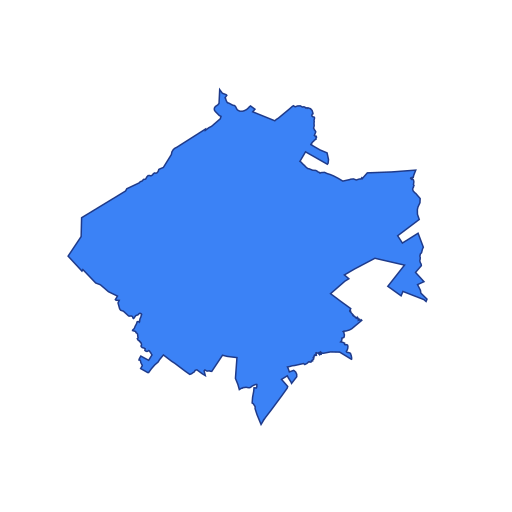 Motozintla, Chiapas, Mexico, rotated 301°
{"feature_id": "50627088B93582456317957", "entity_name": "Motozintla", "entity_type": "district", "adm_level": 2, "iso_a3": "MEX", "parent_name": "Mexico", "parent_adm1": "Chiapas", "projection": "robinson", "projection_center": [-92.331, 15.305], "detail": "fine", "context": "isolated", "style": "filled", "palette": "blue", "viewbox_px": 512, "rotation_deg": 301, "n_neighbors": 0, "source": "geoboundaries", "source_scale": "gbopen_adm2", "svg_char_len": 6168}
<svg xmlns="http://www.w3.org/2000/svg" viewBox="0 0 512 512"><g transform="rotate(301 256 256)"><path d="M411.9,348.7L398.0,329.1L384.6,308.6L377.0,307.2L377.5,306.4L376.0,306.2L375.2,304.9L372.8,302.8L372.3,299.9L370.6,297.6L369.6,296.8L364.9,291.8L364.9,286.5L364.6,281.3L364.1,277.8L363.3,274.5L363.0,271.7L361.0,268.8L360.0,268.2L360.3,267.2L360.0,266.3L360.2,264.5L360.1,263.1L358.7,260.4L358.1,256.6L357.6,255.3L358.1,252.1L358.7,250.9L358.6,250.2L359.8,245.7L359.7,244.9L370.8,244.8L371.4,269.9L372.7,270.0L376.0,268.5L381.0,263.8L379.9,256.3L379.7,245.6L380.0,245.5L380.7,246.0L381.1,245.6L382.9,245.8L384.1,246.3L385.1,246.3L387.2,247.3L388.0,246.6L389.0,246.7L389.7,245.9L389.6,245.6L389.2,245.3L389.4,243.9L393.2,243.3L393.9,242.1L394.0,241.3L394.6,240.9L395.0,239.8L395.3,239.5L397.6,238.8L399.6,237.4L401.3,236.6L402.1,235.9L404.5,235.1L405.0,234.4L404.6,233.1L404.9,231.6L406.4,231.1L407.2,231.6L407.6,231.4L409.5,229.3L409.9,228.4L410.0,227.5L410.4,227.0L410.0,225.5L409.9,224.6L409.6,224.0L409.0,223.8L409.2,223.2L408.5,222.4L408.8,221.2L408.5,220.1L407.6,219.1L407.5,216.6L406.0,214.3L404.2,212.9L404.0,212.2L404.1,210.7L403.0,210.1L399.2,208.9L385.5,204.1L383.6,203.1L381.6,202.5L377.9,178.9L381.3,179.5L381.8,174.0L380.3,173.4L379.6,173.4L376.7,172.5L374.5,171.1L373.2,169.9L371.8,167.6L371.6,165.1L371.8,164.3L373.6,161.4L373.9,160.1L373.3,158.5L373.1,154.8L373.0,153.5L372.7,153.1L372.8,152.2L374.0,150.2L375.1,149.1L375.7,148.0L378.7,148.2L378.9,147.3L378.2,143.3L379.9,139.2L367.8,145.7L365.8,145.4L363.3,144.2L361.7,144.1L360.5,144.5L359.4,145.5L358.8,147.1L357.5,152.2L357.7,154.1L355.2,154.7L344.2,151.1L341.7,149.5L337.7,147.9L338.8,147.3L308.2,132.0L306.7,131.0L304.7,130.3L301.9,130.3L299.4,131.2L284.2,131.0L280.7,128.4L280.1,128.1L278.0,128.6L276.0,128.2L275.3,127.3L274.9,126.2L273.6,125.6L272.6,125.6L271.2,125.1L270.5,124.5L270.3,123.5L269.4,122.1L267.6,121.7L265.2,121.8L264.6,121.4L263.8,120.2L261.2,119.6L260.5,118.8L259.4,118.3L258.5,118.2L247.1,110.6L244.5,110.7L199.0,86.8L182.6,96.1L159.1,95.0L153.4,114.6L155.2,114.6L150.3,132.5L151.2,137.4L149.4,147.9L150.3,157.9L146.2,157.9L146.0,158.9L147.5,161.6L144.7,161.9L140.5,166.3L139.8,167.9L140.4,170.8L139.0,177.7L139.4,178.7L140.3,179.8L140.5,180.9L140.4,181.4L139.4,182.6L139.3,183.2L139.7,183.4L142.7,183.6L143.4,183.9L144.7,185.1L146.5,185.5L147.1,186.0L147.3,186.4L147.4,187.1L147.3,187.7L146.8,188.2L146.5,188.0L145.0,188.6L142.1,189.0L139.6,190.1L139.1,190.1L139.3,189.3L139.2,188.7L138.4,188.0L136.2,188.5L133.6,188.6L131.1,189.0L129.0,188.4L128.5,188.6L129.2,191.3L129.2,191.8L128.5,192.6L128.4,194.0L128.1,194.6L127.0,195.6L126.6,195.7L125.2,197.1L124.0,196.8L123.2,198.2L123.0,199.0L123.3,199.7L122.7,200.5L122.8,201.1L122.3,201.7L122.3,202.4L121.0,203.6L120.5,203.8L119.8,203.7L119.4,204.0L119.1,204.6L118.9,205.7L119.4,207.4L119.4,208.8L117.9,209.3L117.7,210.4L118.0,211.7L119.0,212.5L119.7,212.7L119.8,213.4L118.9,215.2L118.9,215.6L118.6,215.9L117.6,217.8L111.3,217.7L110.9,208.8L108.0,208.9L106.6,209.2L107.0,210.6L105.3,212.2L103.7,214.8L103.4,215.0L100.1,215.1L100.3,223.2L100.8,224.0L105.4,224.4L110.5,225.3L114.7,226.7L117.4,226.7L123.5,227.6L122.3,238.0L122.2,241.6L120.8,254.6L120.4,260.2L122.0,261.5L123.3,261.9L124.4,262.6L125.4,262.8L126.6,262.7L128.0,263.9L127.4,270.2L127.4,274.1L130.8,270.7L132.0,270.9L132.1,273.3L133.6,275.2L133.6,276.0L134.3,277.5L153.7,278.4L155.1,283.0L159.1,292.0L140.5,301.4L136.6,306.6L132.9,310.5L135.1,311.6L135.9,312.6L136.4,312.6L136.8,313.0L137.7,314.4L138.3,314.9L139.2,317.4L139.8,318.4L140.7,319.0L142.8,319.8L143.6,320.3L145.4,321.6L146.2,322.5L146.3,322.9L144.5,324.0L143.1,324.3L142.0,322.2L138.6,323.8L133.2,325.8L128.0,328.4L128.0,329.7L126.4,332.9L124.7,333.8L120.6,338.5L114.2,347.1L118.5,347.1L118.8,346.9L119.4,346.9L119.3,347.1L122.7,347.3L132.3,348.4L149.9,350.1L158.7,350.8L160.5,350.4L163.4,341.4L169.4,344.5L168.2,346.5L165.9,351.0L165.1,352.1L173.5,353.1L175.6,351.8L177.0,349.7L177.4,347.2L173.8,344.3L176.4,341.2L177.1,340.1L178.7,341.9L180.5,343.5L182.1,345.6L188.3,352.1L188.1,353.7L190.2,355.0L192.5,355.7L192.8,356.0L192.9,356.5L192.4,357.1L192.8,356.9L193.4,357.7L194.0,358.0L194.5,358.0L194.6,357.8L195.2,358.4L195.5,357.9L195.9,358.3L196.6,358.2L197.4,358.5L197.7,358.4L197.8,358.0L198.3,357.9L198.4,357.4L198.8,357.4L199.1,357.8L199.6,357.5L200.4,357.5L200.3,357.4L200.9,357.1L201.6,357.4L201.6,358.6L202.0,358.9L203.7,357.3L204.1,357.6L203.9,357.8L204.7,359.1L205.0,359.2L204.5,360.0L205.5,360.2L204.5,361.2L205.1,361.2L205.2,361.6L204.9,362.0L205.3,362.5L205.9,362.4L206.8,360.5L207.0,360.5L206.8,362.9L207.3,363.8L212.1,369.2L216.7,377.2L216.6,391.0L216.8,391.1L217.9,390.5L219.6,389.0L221.2,387.1L221.2,386.5L220.9,385.0L220.4,384.0L220.4,383.1L220.8,382.5L222.4,382.6L224.1,382.2L225.8,381.4L226.7,380.5L226.8,379.6L225.9,378.1L225.8,377.6L226.2,377.1L226.9,376.9L226.7,374.9L226.0,372.8L227.2,373.1L229.2,372.4L229.7,371.9L231.5,373.3L232.9,372.9L234.1,372.3L234.7,371.5L235.8,370.7L236.1,369.6L236.9,370.1L238.0,371.7L240.6,374.1L242.9,375.5L255.3,379.8L255.5,379.1L254.3,378.8L254.4,378.3L255.1,377.4L253.8,376.8L254.7,376.4L255.3,375.3L254.9,375.5L254.7,375.3L255.4,374.5L254.9,374.7L254.6,374.5L255.0,374.0L254.4,373.7L254.5,373.3L254.8,373.4L254.8,371.4L255.0,371.4L254.9,369.9L255.4,370.0L256.9,364.8L257.4,364.5L257.7,365.1L258.0,364.5L259.7,364.3L260.8,351.8L262.1,339.3L280.3,345.2L284.3,347.3L285.3,341.5L295.7,347.2L315.3,359.1L324.7,388.0L297.9,384.6L296.6,400.9L301.3,400.2L305.1,422.4L304.6,425.2L307.1,424.8L309.1,416.4L311.3,414.6L314.7,409.2L320.5,413.2L324.1,401.2L332.9,402.7L334.1,401.7L334.9,400.3L336.0,399.1L336.7,398.6L337.4,398.5L339.1,397.7L340.4,396.4L341.5,396.2L342.2,395.8L344.1,396.2L347.7,395.1L349.7,394.9L359.0,383.2L342.5,374.8L346.3,367.0L371.4,377.1L374.9,372.9L378.9,370.4L381.4,369.6L386.1,369.1L389.8,367.1L391.9,360.8L392.0,359.6L392.7,357.2L394.0,355.8L395.1,355.5L395.8,355.6L396.6,355.2L397.7,355.2L398.3,354.2L400.9,353.1L402.2,351.9L402.4,351.4L402.2,350.3L401.8,350.0L402.2,348.5L402.5,348.4L403.1,349.1L403.3,349.9L403.6,350.0L404.0,349.6L404.4,350.3L406.5,349.6L411.9,348.7Z" fill="#3b82f6" stroke="#1e3a8a" stroke-width="1.5"/></g></svg>